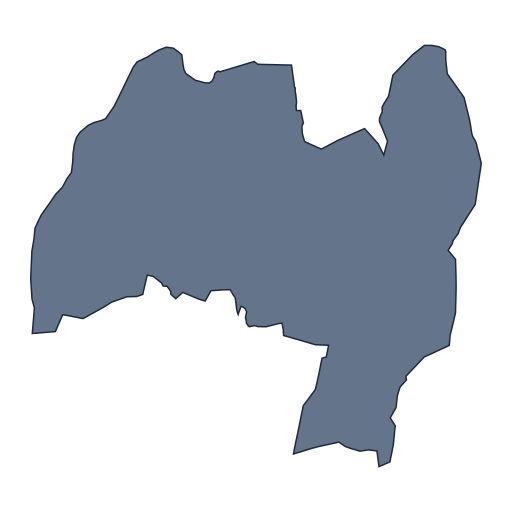 Ajingi, Kano, Nigeria
{"feature_id": "59680162B27639129809368", "entity_name": "Ajingi", "entity_type": "district", "adm_level": 2, "iso_a3": "NGA", "parent_name": "Nigeria", "parent_adm1": "Kano", "projection": "equal_earth", "projection_center": [9.085, 11.959], "detail": "fine", "context": "isolated", "style": "filled", "palette": "slate", "viewbox_px": 512, "rotation_deg": 0, "n_neighbors": 0, "source": "geoboundaries", "source_scale": "gbopen_adm2", "svg_char_len": 2680}
<svg xmlns="http://www.w3.org/2000/svg" viewBox="0 0 512 512"><path d="M83.0,318.6L103.6,307.2L111.4,302.2L126.9,296.8L136.6,296.5L138.2,296.0L139.9,295.4L142.8,294.4L143.6,290.6L147.2,275.2L153.2,276.3L161.6,283.0L163.1,286.0L167.2,286.3L170.7,291.3L170.9,294.3L175.2,298.2L175.7,298.7L182.8,292.4L198.3,298.9L205.1,301.1L211.0,290.7L224.4,289.8L230.2,289.7L233.5,295.4L235.2,297.4L236.6,308.8L237.5,312.7L238.2,314.4L238.8,312.3L241.1,306.3L243.2,307.1L245.3,308.8L246.7,311.8L245.5,317.1L246.2,320.9L246.5,323.2L247.6,324.9L248.5,326.2L249.5,326.7L254.1,325.7L256.2,325.9L257.9,326.6L262.9,326.7L266.3,326.7L278.8,323.5L282.0,323.2L283.4,330.3L283.3,332.5L283.6,333.9L283.6,335.5L315.4,344.7L328.6,345.3L326.3,357.0L322.0,358.2L319.9,368.9L318.1,377.6L315.3,389.6L303.3,405.7L296.6,438.4L294.2,449.7L293.5,454.0L311.6,448.4L318.8,446.5L338.8,442.1L345.5,446.6L350.9,448.5L354.9,449.6L359.8,451.2L368.1,449.9L376.9,450.9L379.0,466.6L389.9,461.9L393.3,445.0L395.2,425.7L390.2,417.9L395.5,408.5L396.0,407.6L397.5,394.9L400.1,386.9L406.5,379.9L405.9,376.3L424.2,357.0L449.3,345.4L450.1,335.3L452.4,326.1L455.5,312.9L456.1,288.7L456.0,276.3L455.5,259.3L448.1,250.3L450.8,246.1L452.2,243.9L453.2,240.3L456.6,235.7L458.2,233.7L460.3,227.7L475.2,204.4L481.3,163.3L476.3,143.6L475.1,140.4L473.6,138.0L472.7,136.4L471.9,133.9L471.3,130.7L470.7,126.3L469.6,120.0L464.0,97.4L447.3,73.8L446.6,67.5L446.2,64.5L446.0,62.3L445.8,60.2L445.7,56.4L445.7,56.2L445.7,55.9L445.7,55.7L445.7,55.4L445.7,55.2L445.7,54.9L445.7,54.7L445.7,54.4L445.7,54.2L445.8,51.8L445.2,49.8L439.1,46.8L431.8,45.4L424.4,45.4L412.6,54.7L392.9,75.1L388.6,96.2L384.2,103.2L382.1,107.1L382.3,111.6L379.5,118.1L379.5,121.8L381.1,125.3L385.3,135.5L387.5,141.3L383.8,155.0L378.1,143.7L364.6,128.6L361.7,129.8L338.0,140.3L321.4,149.1L317.7,147.5L304.6,141.6L302.7,134.9L302.3,132.7L302.1,129.9L301.9,126.5L302.5,124.6L303.4,123.2L302.7,119.8L300.7,110.5L298.3,110.6L296.4,110.4L296.2,107.9L296.1,105.8L296.4,103.7L296.5,101.4L296.1,97.6L295.7,94.2L295.1,90.2L295.3,88.2L294.5,86.9L291.5,65.1L266.3,64.5L257.7,64.3L254.2,61.5L220.0,71.8L218.1,71.1L217.0,71.6L214.9,73.4L213.9,77.3L212.3,80.8L209.3,83.0L204.8,82.8L195.2,80.2L186.0,73.6L184.0,69.9L182.9,63.6L181.8,54.8L178.0,51.5L173.1,48.1L166.3,47.2L158.9,50.0L154.4,52.5L147.6,56.9L137.1,61.9L133.2,67.2L114.4,105.9L105.6,118.7L101.4,120.5L93.8,122.6L88.1,125.4L80.1,132.2L76.5,137.5L74.3,144.8L73.1,153.3L72.7,162.2L71.4,172.6L67.3,178.1L62.5,187.1L55.8,194.1L49.9,202.8L41.5,214.6L38.8,219.9L35.0,228.3L33.9,239.3L31.9,251.1L30.7,278.6L32.0,299.0L34.4,307.9L32.3,333.5L55.3,331.6L62.7,314.8L66.5,315.3L83.0,318.6Z" fill="#64748b" stroke="#1e293b" stroke-width="1.5"/></svg>